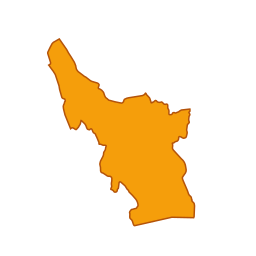 an SVG outline of Catamarca, rotated 168°
{"feature_id": "ARG-1300", "entity_name": "Catamarca", "entity_type": "Province", "adm_level": 1, "iso_a3": "ARG", "parent_name": "Argentina", "parent_adm1": "", "projection": "equal_earth", "projection_center": [-67.01, -27.65], "detail": "fine", "context": "isolated", "style": "filled", "palette": "amber", "viewbox_px": 256, "rotation_deg": 168, "n_neighbors": 0, "source": "natural_earth", "source_scale": "10m", "svg_char_len": 5668}
<svg xmlns="http://www.w3.org/2000/svg" viewBox="0 0 256 256"><g transform="rotate(168 128 128)"><path d="M87.6,104.0L87.8,103.9L87.9,103.6L87.8,102.6L87.9,102.1L88.0,101.3L88.5,99.8L88.7,99.1L88.6,97.9L88.1,96.8L82.3,86.9L81.2,85.3L80.4,83.7L79.9,82.0L79.6,79.9L79.7,76.7L79.8,75.0L80.2,73.6L81.1,72.2L85.0,68.5L85.3,67.0L85.0,65.0L82.9,54.4L82.5,51.1L82.2,50.0L81.7,49.0L81.1,48.3L80.6,47.3L80.5,46.1L80.6,45.0L80.3,44.2L80.7,43.6L80.3,42.7L79.2,41.0L79.0,40.3L79.0,39.5L79.1,38.0L81.8,27.5L82.4,26.6L82.8,26.7L103.7,31.6L140.8,31.1L141.8,31.1L142.0,31.2L142.2,31.3L142.3,31.5L142.5,31.8L142.7,32.5L142.8,33.0L143.1,36.1L143.2,36.3L143.3,36.7L143.3,36.9L143.8,37.7L144.3,38.5L144.7,39.1L144.8,39.5L144.8,40.1L144.8,40.5L144.0,43.7L144.0,44.1L144.1,44.5L144.1,44.8L144.0,45.0L143.9,45.3L143.5,46.0L142.0,47.3L141.7,47.4L141.5,47.5L141.2,47.6L139.9,47.5L138.6,47.7L136.6,47.7L136.3,47.9L136.2,48.0L135.6,48.7L135.1,49.2L134.9,49.3L134.7,49.5L134.4,49.8L134.3,50.0L134.3,50.3L134.2,50.7L134.1,51.8L134.2,53.4L134.6,55.3L135.2,56.8L137.7,61.3L140.2,65.1L140.6,66.9L140.9,67.4L141.6,68.4L142.8,71.8L143.4,72.7L145.4,75.4L146.3,76.6L146.6,76.8L146.9,77.0L147.1,77.1L147.3,77.0L147.6,76.9L147.9,76.6L148.0,76.4L148.2,76.1L149.6,72.0L149.9,71.2L150.1,70.9L150.3,70.8L151.1,70.2L151.7,68.8L152.0,68.4L152.3,68.1L152.8,67.9L153.3,67.9L153.8,67.9L154.4,68.1L154.8,68.4L155.4,69.7L156.2,70.7L157.5,71.5L157.3,72.4L157.1,72.7L156.7,73.1L156.3,73.8L156.1,74.3L156.0,75.1L156.0,75.8L155.9,76.7L155.6,77.8L154.9,79.5L154.4,81.5L154.3,82.2L154.3,82.6L154.5,83.2L155.0,84.0L155.4,84.4L156.1,84.6L156.7,84.7L157.5,85.0L158.2,85.4L158.6,85.8L159.7,87.0L161.7,89.0L163.0,89.8L163.3,90.1L163.5,90.4L163.6,90.8L163.6,91.1L163.7,91.5L163.7,92.0L163.6,92.4L163.2,94.7L163.1,95.2L163.1,97.6L163.1,98.0L163.0,98.7L162.6,99.7L161.8,101.3L159.7,103.9L158.6,105.2L157.9,106.3L157.3,107.5L157.2,108.1L157.1,108.5L156.8,109.1L156.2,109.9L155.5,110.5L154.5,111.8L154.0,113.3L153.2,114.7L153.1,114.9L153.1,115.1L153.2,115.4L153.5,115.6L154.1,115.9L154.7,116.1L155.8,116.2L156.1,116.4L158.3,117.9L159.2,118.0L159.4,118.1L159.6,118.2L159.7,118.5L159.4,119.7L160.5,125.7L160.8,126.7L161.1,128.4L161.1,128.8L161.3,129.1L161.5,129.3L161.9,129.8L162.1,130.0L162.5,130.3L162.7,130.5L162.9,130.9L163.3,132.6L163.4,133.4L163.5,133.9L163.7,134.3L163.8,134.5L164.4,135.0L165.2,134.7L165.6,134.5L165.8,134.3L166.3,134.3L167.7,135.1L168.0,135.5L168.4,136.9L168.7,139.1L169.2,140.6L169.5,141.2L172.0,144.9L172.4,145.1L172.6,144.7L173.3,142.9L174.1,141.5L174.3,141.3L175.3,140.3L176.2,139.2L178.8,137.3L179.0,137.3L179.3,137.3L179.7,137.6L180.2,138.0L180.8,138.7L181.4,139.2L182.0,139.6L182.5,139.8L182.9,139.8L183.4,139.7L184.3,139.2L186.9,154.0L187.1,160.1L186.9,162.4L186.5,163.4L186.1,164.1L185.4,165.0L185.0,165.7L184.6,166.7L184.4,166.9L183.9,167.2L183.8,167.4L183.7,167.6L183.8,169.1L183.8,169.3L183.9,169.5L184.0,169.5L185.5,170.4L186.1,171.1L186.2,171.3L186.3,171.5L186.4,172.2L186.9,180.1L186.7,183.5L188.0,195.3L189.3,199.0L191.2,203.1L191.5,203.9L191.6,204.1L191.9,204.9L192.5,206.0L190.5,206.8L190.1,208.1L191.0,217.4L190.9,218.2L190.6,218.9L187.3,223.2L184.7,226.3L183.2,227.3L176.7,229.4L171.7,217.5L170.6,213.8L168.8,209.1L166.9,203.7L166.6,202.3L166.2,199.8L166.2,199.2L166.3,198.5L166.2,196.6L166.2,196.2L166.0,195.6L165.1,193.6L159.7,187.3L159.4,187.1L158.8,186.7L155.1,182.3L153.8,181.2L148.7,178.4L148.1,177.9L147.8,177.6L147.4,176.8L147.3,176.6L147.3,176.3L147.4,176.0L147.6,175.5L147.8,175.2L148.0,174.9L148.6,173.8L148.7,173.5L148.7,173.3L148.7,172.9L148.6,172.7L148.2,172.4L147.5,172.0L147.4,171.9L146.8,171.4L145.8,170.3L144.8,168.5L144.5,167.8L144.1,164.5L143.8,163.2L143.7,163.0L143.6,162.7L143.4,162.4L143.1,161.9L142.2,160.9L141.1,159.3L135.2,156.3L129.2,153.7L128.2,153.8L127.6,154.2L127.2,154.4L127.0,154.6L126.9,154.7L126.8,154.9L126.7,155.1L126.5,155.5L126.0,156.2L125.8,156.5L125.5,156.8L125.1,156.9L122.8,157.4L120.6,157.4L107.1,156.7L105.2,157.2L104.7,157.5L103.9,158.3L103.5,158.4L103.2,157.9L103.1,157.5L103.0,156.9L102.9,156.7L102.6,156.2L102.2,155.6L100.8,153.2L100.7,153.0L100.4,151.6L100.3,150.0L100.1,149.4L100.1,149.2L100.2,148.4L100.2,148.1L100.1,147.9L99.9,147.8L99.6,147.7L99.2,147.7L99.0,147.8L98.5,148.1L98.2,148.1L97.7,148.1L97.1,148.4L96.5,148.8L95.9,149.1L95.5,149.2L95.3,149.2L95.0,149.0L94.6,148.7L94.3,148.2L94.2,148.0L93.9,147.6L93.6,147.3L93.5,147.2L93.2,147.0L91.8,146.5L91.0,146.4L90.1,146.5L89.9,146.5L89.6,146.4L89.4,146.2L89.1,145.9L88.8,145.5L88.4,144.8L88.0,144.2L87.7,143.9L87.5,143.7L87.2,143.6L86.9,143.5L86.4,143.4L85.9,143.4L85.5,143.4L85.3,143.4L85.1,143.3L84.6,142.9L84.5,142.5L84.4,142.3L84.4,142.0L84.5,141.5L84.9,139.4L84.9,139.2L84.9,138.9L84.9,138.7L84.5,137.8L84.5,137.7L84.4,137.2L84.4,136.8L84.4,136.3L84.4,136.0L84.9,134.1L85.0,133.6L85.0,133.3L85.0,133.1L84.9,132.9L84.9,132.7L84.5,132.4L84.2,132.3L82.8,132.1L82.5,132.2L82.1,132.4L81.8,132.7L81.5,133.0L81.3,133.3L81.2,133.4L80.7,133.6L80.2,133.6L79.7,133.5L79.4,133.4L78.8,132.9L78.6,132.8L78.3,132.8L78.0,132.8L77.2,133.0L75.1,133.3L74.8,133.4L74.2,133.8L72.1,134.5L63.9,133.7L63.5,133.6L63.8,132.1L63.9,131.6L64.2,131.3L65.1,130.8L65.2,130.5L65.1,129.9L64.9,129.4L64.7,128.9L64.7,128.2L64.9,127.8L65.6,127.0L65.9,126.6L66.6,124.6L66.9,123.5L67.0,122.5L66.9,122.0L66.9,121.4L66.9,120.9L67.2,120.4L67.7,120.0L68.7,119.3L69.2,118.8L69.5,118.2L71.0,114.1L71.1,113.5L71.0,111.9L71.1,111.1L71.4,110.2L72.6,107.7L73.1,107.0L73.5,106.7L74.6,106.4L76.0,106.5L77.1,107.3L78.1,108.3L79.3,108.9L80.1,108.7L80.4,108.2L80.6,107.4L80.9,106.5L81.4,105.8L82.1,105.2L82.8,104.9L84.4,104.8L85.0,104.6L86.4,103.9L86.7,103.9L87.6,104.0Z" fill="#f59e0b" stroke="#b45309" stroke-width="1.5"/></g></svg>